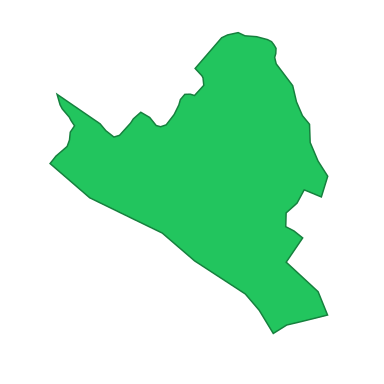 the border of Ilukstes, rotated 352°
{"feature_id": "LVA-5749", "entity_name": "Ilukstes", "entity_type": "Municipality", "adm_level": 1, "iso_a3": "LVA", "parent_name": "Latvia", "parent_adm1": "", "projection": "albers", "projection_center": [26.129, 55.982], "detail": "fine", "context": "isolated", "style": "filled", "palette": "green", "viewbox_px": 384, "rotation_deg": 352, "n_neighbors": 0, "source": "natural_earth", "source_scale": "10m", "svg_char_len": 999}
<svg xmlns="http://www.w3.org/2000/svg" viewBox="0 0 384 384"><g transform="rotate(352 192 192)"><path d="M131.0,211.2L89.9,183.5L55.4,144.1L55.5,144.0L62.3,137.5L74.7,129.5L77.9,123.5L79.8,115.8L84.9,110.1L82.2,104.5L80.9,100.8L75.1,91.7L73.5,87.3L72.0,76.5L110.5,111.7L115.2,119.3L122.3,126.7L128.1,125.8L140.8,115.2L144.1,111.4L152.4,105.9L160.5,112.3L165.8,121.2L170.0,123.0L175.8,121.9L185.1,112.8L191.1,104.0L193.4,98.8L198.5,94.3L203.9,94.9L207.9,96.8L218.5,88.0L218.8,80.5L218.0,78.3L212.3,70.1L242.8,43.4L249.1,41.4L259.9,40.6L266.2,44.7L277.6,47.2L288.0,51.6L291.7,54.2L293.7,57.8L295.2,61.4L294.2,66.7L292.6,70.2L293.2,76.8L306.5,100.7L308.0,117.3L312.0,131.8L317.8,141.3L315.9,159.4L321.1,178.9L328.6,195.3L319.4,214.9L303.4,205.5L294.4,217.7L282.3,225.8L280.0,239.4L287.6,244.8L295.2,252.9L275.5,274.6L303.0,308.3L309.1,332.7L282.5,335.5L267.3,336.9L252.8,343.4L242.1,318.5L230.6,300.4L185.0,260.6L156.8,228.5L131.0,211.2Z" fill="#22c55e" stroke="#15803d" stroke-width="1.5"/></g></svg>